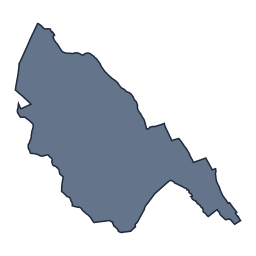 the district of Tacuta, Vaslui, Romania
{"feature_id": "2599482B23186583310189", "entity_name": "Tacuta", "entity_type": "district", "adm_level": 2, "iso_a3": "ROU", "parent_name": "Romania", "parent_adm1": "Vaslui", "projection": "equal_earth", "projection_center": [27.668, 46.938], "detail": "fine", "context": "isolated", "style": "filled", "palette": "slate", "viewbox_px": 256, "rotation_deg": 0, "n_neighbors": 0, "source": "geoboundaries", "source_scale": "gbopen_adm2", "svg_char_len": 5691}
<svg xmlns="http://www.w3.org/2000/svg" viewBox="0 0 256 256"><path d="M18.9,64.1L19.2,64.4L18.1,73.8L15.7,87.3L15.4,90.2L15.8,90.2L16.7,91.1L18.1,92.4L18.4,92.8L19.5,93.6L22.0,95.7L27.3,100.6L31.0,104.2L22.3,108.2L20.9,108.7L20.0,107.2L18.5,103.6L18.2,105.6L18.3,106.4L18.0,107.8L18.0,108.2L17.7,108.7L17.4,110.0L17.4,110.4L17.3,111.0L17.3,111.4L17.5,112.4L17.8,112.7L17.8,113.1L18.0,113.3L19.7,116.2L20.8,117.3L22.3,117.2L25.1,117.3L25.9,117.9L26.0,118.2L27.2,119.0L27.7,119.2L28.1,119.6L28.7,120.0L29.1,120.5L30.5,121.5L30.9,122.2L31.5,122.7L32.7,123.7L33.1,124.6L33.1,125.8L33.2,126.6L33.0,127.9L32.5,129.3L31.8,131.7L31.7,133.3L31.2,135.4L31.3,137.0L30.9,138.5L29.7,141.5L29.5,142.7L28.4,144.2L28.2,144.7L28.2,146.9L28.5,148.8L29.7,150.9L30.2,152.7L30.6,153.2L30.7,153.4L32.1,153.4L35.0,153.8L36.9,154.3L38.9,155.0L39.7,155.6L40.4,155.9L40.8,156.0L42.9,156.1L45.2,155.4L47.6,154.9L48.2,154.9L49.2,156.3L50.1,157.3L51.3,158.1L51.9,158.8L52.3,159.9L52.2,160.6L51.9,160.9L51.9,161.2L51.8,161.3L51.9,161.5L51.8,161.8L51.9,162.1L52.2,163.3L52.9,165.2L53.4,165.6L56.0,166.6L56.1,166.8L56.4,167.0L56.6,167.3L57.8,168.2L58.2,168.7L58.6,169.5L58.8,169.6L59.2,170.2L59.4,171.9L59.4,172.7L59.6,173.1L59.8,174.0L62.1,176.0L62.3,176.0L63.2,176.8L62.2,182.8L61.8,186.4L61.6,191.5L62.6,192.3L63.5,192.8L64.1,193.6L65.3,194.6L66.2,195.8L66.9,196.4L67.4,196.7L69.4,197.3L69.7,197.6L70.3,198.6L70.7,200.1L71.0,200.9L72.1,202.9L72.4,204.5L72.2,205.3L72.2,205.8L77.0,207.1L79.4,207.3L80.7,207.9L81.3,208.5L82.3,210.0L83.4,211.2L86.5,213.9L88.4,215.2L90.1,217.0L90.5,217.5L92.0,219.9L93.9,222.5L109.8,220.5L110.0,220.8L111.3,221.8L112.2,221.9L112.7,222.3L112.8,222.4L112.7,223.1L112.8,223.7L113.4,224.6L113.8,226.0L114.6,226.5L117.2,228.8L117.6,229.4L118.0,230.2L118.3,230.7L118.4,231.3L118.9,231.5L119.7,232.0L121.2,232.5L123.1,232.3L124.0,232.0L125.8,231.9L130.9,231.2L131.9,229.9L133.4,228.8L134.1,227.6L134.5,227.6L134.7,227.3L135.3,227.2L135.5,226.9L135.2,224.9L135.3,224.2L136.2,223.3L136.8,222.9L136.9,222.3L137.5,222.0L137.7,221.7L138.2,220.5L138.8,219.7L139.1,218.9L144.2,209.7L145.1,206.5L150.1,200.0L154.8,193.6L155.0,193.3L155.7,192.9L166.9,182.9L170.0,180.4L171.0,180.5L171.9,180.8L174.1,182.1L174.5,182.4L174.5,182.8L175.4,183.4L176.4,183.7L178.8,184.9L179.8,185.3L180.1,185.6L181.1,186.0L184.0,187.6L186.2,188.6L186.6,188.9L186.9,189.2L187.0,189.9L187.7,189.6L188.0,190.0L188.4,190.0L188.7,190.2L189.0,190.6L188.9,191.2L189.0,191.6L188.9,192.0L189.3,192.3L189.2,192.6L189.3,192.8L189.7,192.9L189.9,193.3L190.5,193.6L190.8,193.9L191.5,194.3L191.6,194.9L191.9,195.1L192.3,196.0L192.3,196.3L192.2,196.5L191.8,196.7L191.0,196.7L191.6,197.3L191.8,198.0L192.5,199.3L194.0,200.2L195.3,200.8L195.6,200.8L195.6,201.1L196.3,201.7L196.5,202.3L196.8,202.5L196.9,203.0L197.3,203.3L197.5,203.7L197.9,204.0L198.7,204.3L199.3,204.8L199.5,205.1L199.9,205.1L200.1,205.4L200.2,205.8L200.6,206.2L201.1,207.2L201.3,207.4L201.8,207.5L202.4,207.9L202.3,208.2L202.3,208.4L202.7,208.6L202.8,208.8L202.9,209.2L203.3,209.6L203.1,210.6L203.0,210.9L203.1,211.7L204.5,212.8L205.3,213.2L207.1,215.5L207.5,216.0L208.2,216.4L208.4,216.5L208.6,216.3L215.0,211.2L217.2,209.6L217.5,210.4L217.9,211.0L219.0,212.1L219.3,212.5L220.2,214.7L225.5,219.7L227.2,219.5L227.8,219.3L228.4,218.8L229.2,219.2L230.0,219.4L230.7,219.8L231.0,220.2L231.4,220.2L231.7,221.0L232.5,222.0L234.7,224.3L240.6,220.6L238.3,217.4L238.6,217.2L237.8,216.1L237.5,216.2L235.3,213.1L236.8,212.3L232.2,206.4L229.7,202.9L229.2,202.6L228.7,202.8L228.6,203.1L228.2,203.3L226.2,200.3L224.5,198.1L223.9,197.2L223.2,196.4L222.2,194.5L221.3,192.4L220.9,191.7L219.3,187.2L218.6,185.7L217.9,184.4L216.7,181.7L216.5,181.2L216.3,179.8L215.9,178.6L215.8,176.0L215.4,174.0L215.4,173.4L215.9,172.0L215.9,171.5L215.8,170.1L215.6,168.7L212.1,169.8L211.8,169.0L205.8,158.0L200.1,160.1L193.3,162.4L192.6,160.5L191.0,157.6L189.9,155.4L189.6,154.8L189.6,154.2L189.4,154.0L188.7,152.6L187.5,150.7L186.1,148.2L184.4,146.3L183.0,144.0L181.8,142.3L180.1,140.2L178.9,138.5L177.4,138.8L173.7,139.9L172.0,140.7L171.6,140.1L171.1,139.0L170.2,137.2L165.9,128.2L164.8,125.8L164.3,123.4L161.5,124.5L155.1,126.5L155.0,126.3L153.7,126.7L152.5,126.4L151.5,126.9L150.0,127.0L149.5,127.6L149.0,128.4L148.6,128.6L146.7,129.1L146.1,126.8L145.6,125.4L145.6,124.9L145.2,123.4L144.6,121.3L144.0,119.6L143.2,118.3L142.4,117.2L140.6,113.8L138.9,111.5L137.8,109.4L137.4,107.6L137.4,105.9L137.6,105.4L136.3,101.9L135.2,100.5L134.3,99.7L134.1,99.1L133.1,96.9L131.1,94.0L130.8,93.7L129.2,92.6L127.8,92.2L126.7,91.7L126.2,91.3L124.9,90.0L123.5,88.9L121.8,88.1L121.4,87.8L120.9,87.3L119.6,85.7L118.8,84.7L118.2,83.5L117.2,82.3L115.7,80.9L115.1,80.6L114.4,80.1L114.2,79.8L111.3,77.9L111.0,77.5L110.9,77.2L110.7,77.2L107.6,74.4L106.5,73.1L104.7,71.4L104.1,70.4L103.8,70.1L103.1,69.0L101.6,67.2L101.5,66.8L101.1,66.5L101.0,66.0L101.0,65.8L100.8,65.5L100.8,65.3L100.1,63.9L99.9,63.4L99.4,62.8L99.0,62.3L99.0,62.1L97.6,60.3L96.9,59.3L96.1,58.5L94.9,57.7L94.7,57.3L93.7,56.2L91.8,54.9L90.4,53.8L89.3,53.3L88.1,53.0L86.8,53.1L85.0,53.6L84.1,54.2L83.7,54.8L83.4,55.0L82.5,55.1L78.9,53.3L77.5,52.9L75.0,52.9L74.1,53.1L73.2,53.5L72.6,53.6L70.2,53.3L68.7,53.2L67.3,53.3L64.9,52.8L62.9,51.9L61.7,50.9L61.4,50.5L59.9,48.3L59.2,46.9L58.3,45.8L57.7,44.5L57.5,44.2L56.6,43.3L55.7,42.2L54.9,41.1L54.2,39.9L52.9,36.5L53.1,36.2L53.4,36.1L53.9,35.4L54.5,35.4L54.1,34.1L53.9,33.7L53.2,33.1L52.4,31.9L51.9,32.2L51.5,31.7L51.0,30.8L50.3,29.0L47.6,28.8L45.2,29.0L44.5,28.7L43.4,28.0L42.0,26.6L41.7,26.1L40.8,25.3L40.3,25.1L39.8,24.6L39.4,24.5L39.2,24.2L37.9,23.5L37.6,23.5L33.3,32.7L33.2,32.8L32.5,34.2L29.3,41.2L29.0,42.1L28.9,42.3L28.1,43.8L28.0,44.4L20.3,61.3L18.9,64.1Z" fill="#64748b" stroke="#1e293b" stroke-width="1.5"/></svg>